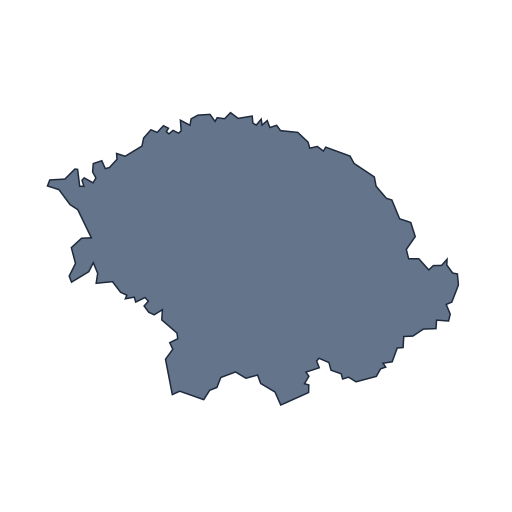 the district of São Francisco de Assis, Rio Grande do Sul, Brazil, rotated 339°
{"feature_id": "56859067B81817993019000", "entity_name": "São Francisco de Assis", "entity_type": "district", "adm_level": 2, "iso_a3": "BRA", "parent_name": "Brazil", "parent_adm1": "Rio Grande do Sul", "projection": "mercator", "projection_center": [-55.147, -29.45], "detail": "medium", "context": "isolated", "style": "filled", "palette": "slate", "viewbox_px": 512, "rotation_deg": 339, "n_neighbors": 0, "source": "geoboundaries", "source_scale": "gbopen_adm2", "svg_char_len": 1949}
<svg xmlns="http://www.w3.org/2000/svg" viewBox="0 0 512 512"><g transform="rotate(339 256 256)"><path d="M225.7,404.0L256.2,402.3L259.1,395.3L255.5,392.6L262.3,387.2L261.0,382.3L275.0,383.0L275.0,375.7L278.2,374.1L285.9,381.6L285.1,389.5L293.3,396.5L292.8,401.9L299.0,402.3L304.3,409.3L325.2,411.5L331.9,406.0L337.3,406.2L336.1,401.6L345.2,403.6L354.9,392.5L360.5,394.2L365.1,384.1L373.8,387.0L386.0,384.2L398.0,388.3L401.6,380.6L412.5,385.7L416.5,379.8L416.2,369.4L422.3,369.2L434.6,355.6L437.6,344.9L433.5,342.4L430.9,332.7L433.2,327.5L425.9,331.3L418.1,328.5L412.3,330.9L407.0,316.9L397.5,313.3L398.7,303.7L411.6,295.0L412.5,280.2L403.4,272.7L402.9,252.4L398.4,248.9L393.1,233.9L394.8,224.6L380.7,204.7L379.6,196.4L360.1,179.4L356.5,182.2L352.5,175.7L344.8,174.6L345.4,168.4L339.3,155.6L323.8,147.7L322.1,141.4L315.0,141.0L315.0,133.6L308.6,136.0L309.9,130.1L303.1,133.9L300.7,130.8L302.6,124.0L288.6,121.1L283.6,113.0L275.9,116.6L269.3,113.0L266.0,115.7L263.8,107.3L252.3,103.7L244.6,104.7L241.2,110.3L234.1,102.1L231.0,112.3L227.7,113.6L223.6,109.0L218.4,110.8L216.9,107.7L220.1,105.4L216.3,101.2L208.1,105.2L203.1,100.5L193.4,105.6L188.9,112.5L169.6,116.0L162.6,110.3L160.9,115.9L150.8,120.9L146.6,120.4L146.2,111.8L137.2,111.4L133.6,118.9L134.5,125.8L130.1,129.3L123.6,121.5L120.7,122.9L120.3,129.3L116.4,127.7L120.5,111.2L118.1,109.9L105.1,115.7L90.7,111.1L86.4,115.9L95.8,123.4L100.8,141.4L106.2,148.9L108.8,180.0L99.5,176.9L86.6,182.0L84.8,198.3L74.4,207.8L74.4,214.3L94.3,210.7L101.7,204.0L102.0,215.4L97.0,224.2L112.8,228.5L116.6,241.4L121.4,246.3L118.7,249.1L127.6,250.8L127.2,255.9L137.5,255.0L139.3,259.6L133.6,262.6L135.7,270.1L139.9,274.4L149.4,272.6L145.1,281.9L154.6,299.6L153.3,305.2L144.4,306.0L144.9,313.2L134.5,320.0L128.2,355.4L136.4,354.9L155.7,371.4L164.6,364.8L172.4,364.7L179.6,356.8L195.3,356.9L202.8,366.5L214.8,367.7L214.7,376.7L225.0,389.8L225.7,404.0Z" fill="#64748b" stroke="#1e293b" stroke-width="1.5"/></g></svg>